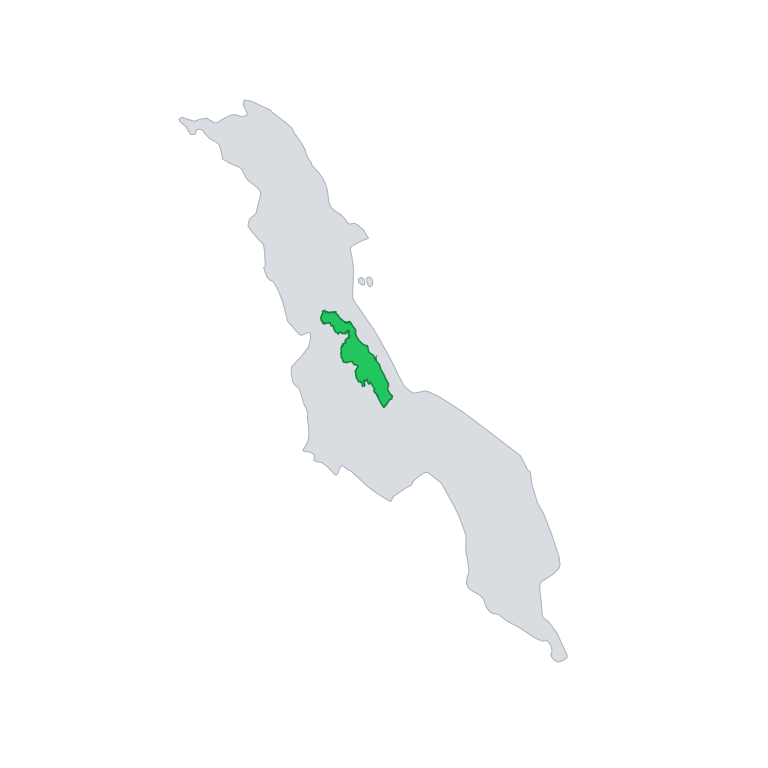 Nkhotakota, Nkhotakota, Malawi (highlighted), rotated 337°
{"feature_id": "42251766B56128896232398", "entity_name": "Nkhotakota", "entity_type": "district", "adm_level": 2, "iso_a3": "MWI", "parent_name": "Malawi", "parent_adm1": "Nkhotakota", "projection": "equal_earth", "projection_center": [34.171, -12.833], "detail": "fine", "context": "in_parent", "style": "filled", "palette": "green", "viewbox_px": 768, "rotation_deg": 337, "n_neighbors": 0, "source": "geoboundaries", "source_scale": "gbopen_adm2", "svg_char_len": 8984}
<svg xmlns="http://www.w3.org/2000/svg" viewBox="0 0 768 768"><g transform="rotate(337 384 384)"><path d="M316.9,448.3L313.5,442.2L310.8,443.7L306.9,448.0L304.9,449.2L303.8,449.0L303.1,448.0L302.3,445.2L299.3,437.4L296.0,431.9L292.5,429.7L289.6,427.1L290.9,424.7L292.2,422.9L291.6,421.1L290.0,418.4L283.8,414.5L283.7,412.8L289.2,409.5L292.6,405.5L295.0,401.6L298.0,393.3L300.4,384.9L302.2,382.2L302.8,376.6L302.4,370.4L303.6,362.4L304.1,354.8L302.3,351.9L300.7,346.8L302.6,338.2L305.5,332.2L319.3,326.0L329.0,320.4L331.0,317.9L334.3,313.1L336.1,308.5L334.8,307.1L327.2,306.9L325.3,305.1L319.8,288.7L322.8,269.8L323.1,262.4L323.0,253.2L322.0,246.5L319.6,243.7L318.1,240.0L318.5,230.2L320.8,229.0L325.6,216.0L327.7,208.3L325.1,202.2L322.3,193.4L321.0,187.8L320.3,186.0L322.2,182.5L325.5,179.2L329.1,178.3L333.0,176.7L345.2,160.4L345.3,157.3L343.1,151.8L338.5,143.6L337.5,140.3L337.0,130.4L335.2,127.5L328.5,120.8L323.3,113.8L324.9,106.7L325.8,99.0L323.3,94.7L319.5,90.3L317.1,83.8L316.0,79.0L313.0,77.1L310.3,77.0L308.3,80.0L306.1,79.8L303.5,78.7L302.6,74.6L302.5,70.1L300.7,67.0L298.9,62.8L298.7,60.5L299.8,59.9L302.1,59.5L311.9,68.0L317.9,68.4L324.5,70.0L330.2,77.5L333.1,78.5L336.9,77.4L347.5,76.6L351.8,77.7L357.4,82.1L359.5,82.7L363.0,82.9L363.6,81.7L364.0,79.1L363.4,73.9L364.1,71.0L366.2,68.0L372.1,71.5L386.7,87.9L387.1,90.0L396.4,106.3L399.4,113.1L399.4,116.8L402.3,131.0L402.9,137.6L402.3,142.6L402.4,146.7L403.5,152.5L403.1,154.9L406.4,163.4L408.0,170.5L408.3,177.5L407.4,184.3L404.5,194.2L404.0,198.1L404.6,201.8L406.5,205.7L409.7,209.9L412.0,215.1L413.6,221.1L415.0,223.8L416.7,223.7L419.8,224.6L422.3,228.1L425.2,234.0L426.2,240.8L426.6,243.7L418.3,243.5L407.8,244.6L405.3,247.2L404.5,253.1L401.2,265.2L399.4,269.7L395.5,277.8L390.1,289.3L388.9,293.1L389.1,296.9L392.3,312.5L395.7,328.9L396.7,335.3L399.1,357.0L400.4,372.4L400.6,381.4L401.7,393.5L404.7,400.0L407.8,404.1L419.6,406.6L423.1,409.6L429.8,417.3L444.3,438.5L452.3,452.1L459.3,464.0L471.8,486.2L481.5,503.3L482.7,519.5L484.3,521.8L481.0,533.8L478.8,553.1L480.3,565.9L479.6,587.7L477.7,610.9L475.5,619.2L472.6,622.3L465.8,624.9L450.9,627.7L448.6,630.5L446.7,635.0L443.7,645.6L440.1,656.4L439.0,661.0L439.6,662.1L442.8,667.6L446.0,681.6L446.5,705.7L445.4,707.5L441.0,708.5L436.2,708.2L434.3,706.9L432.5,704.2L431.3,699.0L434.4,695.5L435.5,689.2L433.5,683.8L429.5,682.6L424.4,677.7L413.7,661.6L404.6,650.3L399.4,641.0L394.0,637.2L392.5,634.9L391.2,631.0L391.1,625.3L391.6,621.1L390.0,616.3L384.5,609.0L382.0,605.0L381.9,600.1L384.2,595.5L388.9,589.8L392.4,578.2L393.6,570.7L400.2,555.7L401.1,542.6L401.3,532.2L400.9,524.4L399.2,508.4L398.0,497.3L389.9,482.7L387.3,481.4L379.6,482.7L372.9,484.8L369.7,487.8L364.7,488.0L351.8,490.5L347.7,491.6L345.4,494.2L344.0,494.7L335.8,483.5L328.6,471.4L319.5,450.8L316.9,448.3ZM411.5,288.5L409.3,289.2L408.0,287.7L408.3,283.2L409.1,280.0L411.3,279.4L412.8,280.3L413.8,281.8L413.8,284.2L413.2,286.6L411.5,288.5ZM406.7,280.4L405.4,284.8L402.9,284.7L400.4,280.8L401.2,277.7L403.5,276.8L405.6,277.9L406.7,280.4Z" fill="#d9dde1" stroke="#a8b0b8" stroke-width="1"/><path d="M361.6,364.4L361.6,364.9L361.4,365.4L360.9,368.2L361.1,368.3L361.2,368.6L361.4,368.7L361.3,368.9L361.4,369.4L361.5,370.8L361.3,371.5L361.5,372.1L362.9,372.4L363.1,372.8L363.0,373.2L363.2,373.6L363.8,373.9L364.0,373.8L364.0,375.5L363.9,375.9L363.4,376.4L363.3,377.6L363.9,377.3L364.4,377.6L364.8,377.7L364.9,378.1L365.2,378.3L365.4,377.7L365.9,377.4L366.1,377.1L365.9,376.6L366.3,376.0L366.1,375.4L366.4,374.7L366.5,374.3L366.3,374.0L366.7,373.8L366.6,373.6L367.0,373.5L367.0,373.1L367.3,372.8L367.5,373.2L367.5,373.7L367.8,373.8L368.2,373.6L368.4,374.1L368.6,374.0L368.9,373.5L369.2,373.5L369.5,373.6L369.6,373.2L370.0,373.0L370.6,373.2L370.3,373.6L369.8,375.4L369.8,376.6L369.9,376.8L369.8,377.5L370.1,377.8L370.2,378.2L370.6,378.2L370.7,377.5L370.8,377.3L372.1,376.8L373.4,384.9L373.3,385.3L373.1,385.3L373.0,385.6L372.1,385.9L371.9,386.6L371.9,387.2L372.2,388.3L372.6,388.5L372.8,389.7L373.0,389.8L373.1,392.1L373.9,391.8L374.1,392.4L373.9,392.8L373.6,393.0L373.2,393.8L373.2,394.2L373.8,401.1L374.6,405.5L374.8,405.6L374.9,405.4L375.2,405.3L375.6,405.3L375.8,404.7L376.5,404.2L377.1,404.5L377.7,404.4L377.9,404.3L377.9,403.9L378.4,403.5L379.0,403.5L379.2,403.1L379.4,403.0L379.3,402.7L379.5,402.5L380.1,402.6L380.4,402.3L381.0,402.3L381.5,401.9L381.7,401.3L382.2,400.9L383.1,400.9L383.9,400.7L385.4,400.7L385.6,400.6L385.8,399.9L386.2,399.4L386.6,398.5L387.0,398.4L387.0,398.2L386.8,397.8L386.6,397.8L386.6,397.1L386.2,396.3L385.5,395.2L385.4,394.7L385.6,394.1L385.6,393.2L385.2,392.5L385.1,391.3L385.2,390.6L385.8,389.4L387.3,387.2L387.9,386.8L387.9,386.4L388.2,385.4L388.0,384.8L388.1,384.2L387.9,384.0L387.9,383.3L387.9,382.6L388.0,381.9L387.8,381.7L387.6,381.2L387.6,380.5L387.8,380.2L387.6,379.8L387.7,379.4L387.4,378.7L387.4,378.2L387.4,377.7L387.8,377.0L387.4,375.8L387.6,375.3L387.2,373.6L387.2,373.0L387.1,372.5L387.3,371.7L387.0,371.2L386.8,370.3L387.0,369.2L386.8,368.4L387.1,367.1L387.0,366.5L387.2,366.0L387.2,365.7L387.5,365.2L387.1,363.2L386.8,362.4L386.4,361.8L386.0,360.1L386.1,359.5L385.9,359.6L386.1,359.4L386.5,357.6L387.1,356.2L386.5,356.6L386.4,357.0L386.2,357.2L386.3,358.0L386.1,358.5L386.0,358.8L385.8,358.9L385.5,358.5L385.5,357.9L385.3,357.1L385.4,356.4L385.3,355.0L385.6,354.1L385.2,353.3L385.2,352.8L383.2,350.1L382.6,348.7L382.8,346.5L383.7,342.8L383.3,341.9L382.9,342.1L382.1,341.5L380.4,339.5L379.1,337.1L377.7,332.9L377.5,331.8L377.6,331.0L377.3,329.4L377.3,327.3L377.8,326.0L379.0,323.3L378.7,321.1L378.0,319.7L377.9,319.1L377.6,316.2L377.0,315.8L377.3,315.6L377.3,315.8L377.5,315.8L377.4,315.3L377.4,315.2L377.5,315.0L377.3,314.0L376.9,313.4L376.7,313.6L376.4,313.5L375.8,314.0L375.3,313.9L374.9,313.6L374.7,313.1L373.9,312.9L373.3,312.4L373.4,312.7L373.8,313.0L373.7,313.1L372.8,313.1L372.2,312.8L371.9,312.1L371.9,311.9L372.8,311.9L372.8,312.3L373.2,312.3L372.9,312.2L373.1,312.2L372.9,311.9L371.7,310.8L371.1,310.0L370.7,308.9L370.6,309.0L370.3,308.6L369.8,307.1L369.1,305.8L368.6,304.2L368.5,303.3L368.6,302.4L368.2,302.2L367.5,300.9L367.6,299.7L367.9,298.9L367.6,298.8L367.2,298.3L366.8,298.4L366.5,298.0L366.1,297.8L365.8,298.0L365.6,298.0L365.4,298.6L365.2,298.6L364.8,298.3L364.9,297.8L364.6,297.8L364.3,298.0L363.7,297.2L363.1,297.1L362.8,297.2L362.5,296.9L361.9,296.7L361.6,296.9L361.3,296.7L360.9,296.9L360.8,296.3L360.6,296.2L360.4,295.6L360.0,295.2L359.8,295.2L359.6,295.4L359.2,295.0L358.9,295.5L358.7,295.5L358.2,294.1L358.2,293.0L357.6,292.9L357.0,293.2L356.6,293.0L356.3,293.2L355.8,293.1L355.7,293.3L355.8,293.9L355.1,295.1L354.6,295.2L354.1,295.6L353.9,296.1L353.4,296.7L353.1,296.7L352.5,297.5L352.4,297.9L351.3,298.5L351.3,299.9L351.1,300.8L351.8,301.2L351.5,301.9L351.4,303.1L351.2,303.8L351.6,304.7L352.1,304.7L352.4,305.2L352.9,305.3L353.2,304.3L353.4,304.7L353.5,305.7L353.9,305.5L355.2,305.2L355.8,305.9L356.7,306.2L357.0,306.4L357.4,306.1L357.6,306.3L358.0,306.3L358.2,307.0L358.0,307.9L358.0,309.1L358.3,309.7L358.4,310.2L358.9,310.3L359.4,310.0L359.5,310.4L360.1,311.0L359.9,312.0L359.5,312.4L359.5,313.0L359.2,313.7L359.2,314.2L359.7,315.4L359.5,316.1L359.7,317.2L360.5,318.4L361.4,319.1L361.2,319.7L361.5,320.2L361.8,320.2L362.3,319.3L363.4,318.7L363.5,319.1L363.9,319.1L364.5,319.6L364.6,319.8L364.7,320.6L365.0,320.5L365.1,320.9L365.4,320.8L365.4,321.3L365.9,321.5L366.6,321.8L367.3,322.0L367.5,322.2L368.1,321.8L368.2,322.3L368.4,322.4L368.4,322.6L368.8,322.4L369.5,321.5L369.8,321.9L370.2,321.9L370.3,321.7L370.1,321.3L371.3,320.5L371.9,320.5L372.0,320.8L371.9,321.0L372.4,321.5L372.4,321.8L372.6,321.8L372.3,322.2L372.0,322.2L371.9,322.7L371.3,322.7L371.1,323.6L370.6,323.8L370.6,324.2L370.9,324.8L370.6,325.7L370.3,326.3L370.4,326.7L370.9,326.6L370.6,327.1L370.2,327.2L370.0,327.5L369.7,327.5L369.3,327.8L369.1,327.5L368.6,327.2L366.6,328.1L366.2,328.6L365.5,328.5L365.5,329.2L365.0,329.4L364.8,329.7L365.2,330.3L364.7,330.4L364.4,331.3L363.9,331.0L363.4,331.1L363.1,331.0L361.8,330.9L361.7,331.1L361.9,331.6L361.7,332.6L361.3,332.1L360.8,332.4L360.2,332.1L359.9,333.1L358.9,333.6L359.0,334.3L358.8,334.4L358.6,334.3L358.4,334.5L357.8,336.1L357.6,337.1L357.3,337.8L356.5,338.8L356.2,338.8L356.1,339.3L356.4,340.0L356.1,340.2L355.7,340.9L355.4,342.0L355.0,342.3L355.1,342.6L355.4,342.7L355.6,343.0L355.5,343.3L355.8,343.7L355.7,343.9L355.5,344.0L355.5,344.4L355.3,344.5L355.4,345.4L355.2,346.2L355.2,346.8L355.3,347.5L355.5,347.5L355.7,348.4L356.0,348.5L356.5,348.3L356.9,348.5L357.3,349.6L361.2,350.1L363.3,350.8L363.6,351.6L363.9,354.1L364.4,354.1L364.7,354.8L365.1,354.9L365.4,355.2L365.5,355.8L366.2,356.1L366.9,356.6L366.6,358.1L365.9,358.5L365.6,358.8L364.7,359.2L364.4,359.5L364.0,360.2L363.5,360.5L363.2,360.4L362.7,360.7L362.3,361.7L362.1,363.8L361.7,364.1L361.6,364.4ZM375.3,312.7L374.3,312.7L374.4,312.8L374.6,312.9L374.9,313.3L375.1,313.4L375.0,313.6L375.5,313.6L375.5,313.8L375.8,313.8L376.4,313.4L376.9,313.3L376.8,313.0L376.5,312.9L375.8,313.0L375.3,312.7Z" fill="#22c55e" stroke="#15803d" stroke-width="1.5"/></g></svg>